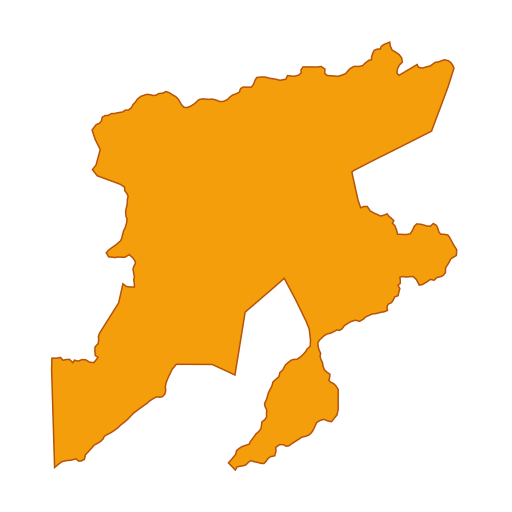 Feira de Santana, Bahia, Brazil (Albers equal-area conic projection), rotated 272°
{"feature_id": "56859067B66827602961148", "entity_name": "Feira de Santana", "entity_type": "district", "adm_level": 2, "iso_a3": "BRA", "parent_name": "Brazil", "parent_adm1": "Bahia", "projection": "albers", "projection_center": [-39.059, -12.2], "detail": "fine", "context": "isolated", "style": "filled", "palette": "amber", "viewbox_px": 512, "rotation_deg": 272, "n_neighbors": 0, "source": "geoboundaries", "source_scale": "gbopen_adm2", "svg_char_len": 5695}
<svg xmlns="http://www.w3.org/2000/svg" viewBox="0 0 512 512"><g transform="rotate(272 256 256)"><path d="M48.3,235.7L41.4,242.8L44.6,244.5L45.4,247.9L45.9,250.5L46.9,253.2L49.5,255.6L51.4,258.0L50.4,261.0L49.8,264.8L48.9,268.2L48.9,271.2L51.1,273.2L54.1,275.1L55.9,277.4L57.0,281.7L61.5,282.7L65.5,282.5L68.3,286.2L68.4,290.1L66.9,292.8L67.5,295.7L69.4,297.9L72.3,302.1L74.7,305.6L76.6,308.3L77.5,311.7L78.8,314.9L81.2,317.5L83.6,319.0L87.9,320.9L91.7,322.4L94.0,326.0L95.1,329.6L93.8,333.1L93.0,337.2L100.0,342.5L105.8,343.5L125.6,342.8L129.3,340.1L131.3,337.9L132.4,335.2L134.2,333.1L136.8,333.8L140.4,334.0L142.7,330.5L144.7,328.4L147.9,326.9L152.0,326.1L155.0,324.4L158.3,323.5L161.0,324.0L164.1,322.4L167.6,321.3L171.3,320.8L174.5,322.6L176.6,324.7L178.8,327.0L180.5,329.6L181.7,333.9L183.4,336.9L185.0,339.5L184.6,342.2L186.3,344.6L189.5,346.8L191.7,349.9L193.9,353.4L195.3,357.7L194.3,361.8L196.6,365.5L199.0,367.8L200.8,371.5L202.2,374.4L202.5,377.2L203.2,380.0L204.2,383.0L204.6,385.8L206.2,389.3L209.7,388.7L212.5,389.8L214.1,393.0L216.6,394.6L220.0,396.1L221.3,399.4L224.3,399.9L228.3,400.9L231.8,399.0L233.6,401.1L236.4,401.1L239.8,400.5L240.6,403.2L240.2,407.0L240.7,410.1L240.9,413.9L238.1,417.0L235.2,418.8L232.6,420.1L233.2,423.2L235.6,427.0L238.7,431.1L238.0,434.8L240.8,437.6L241.9,441.7L243.4,444.0L246.0,445.9L250.8,445.9L255.3,448.6L259.9,450.8L261.5,453.1L263.5,456.2L269.2,456.4L273.9,453.2L277.8,450.9L281.4,448.8L283.7,447.0L284.2,443.9L284.3,439.7L286.4,438.0L289.6,436.9L292.8,435.3L294.7,432.1L291.9,429.3L291.9,426.0L293.4,420.3L293.7,415.5L291.2,413.1L288.0,411.9L285.6,410.6L283.4,409.0L282.7,405.3L282.7,400.0L282.7,396.7L286.8,395.6L291.2,393.7L293.5,391.2L296.1,392.5L298.1,390.3L300.3,387.5L302.7,385.5L301.1,382.1L300.3,378.8L301.6,376.1L302.9,372.7L305.1,368.5L309.4,365.5L309.2,362.0L307.9,358.9L315.5,356.0L328.7,352.6L335.3,350.9L339.4,349.8L343.3,348.9L345.0,350.9L346.3,353.3L348.0,356.3L351.1,361.9L353.0,365.1L357.3,373.0L363.1,383.7L369.0,394.5L378.5,411.8L387.0,427.1L403.3,432.5L409.3,434.6L415.8,436.7L432.0,442.1L450.7,447.3L454.2,445.5L456.3,443.8L457.9,441.4L458.7,437.4L457.2,433.6L456.2,431.0L455.8,428.4L454.0,426.0L452.0,423.6L451.1,420.1L449.6,415.7L450.4,411.6L453.0,410.4L441.5,392.5L444.0,390.4L448.5,391.0L451.8,392.7L454.9,395.5L459.2,394.6L462.4,391.9L464.7,388.4L466.4,384.9L470.6,382.9L474.4,382.2L472.7,378.3L471.5,375.9L469.8,373.8L467.2,373.0L467.0,370.0L465.7,366.9L462.4,365.5L458.8,364.5L456.1,364.6L455.6,362.0L453.8,359.8L452.1,357.8L450.0,356.0L449.1,352.7L448.9,347.2L446.7,343.7L444.6,341.7L441.5,339.3L439.9,335.8L438.4,331.6L438.7,326.4L438.8,321.1L440.8,318.4L445.3,318.3L447.7,314.4L446.9,310.0L446.9,305.7L446.7,300.7L446.6,296.4L443.4,294.4L440.8,294.9L438.3,292.4L436.9,287.9L437.2,284.0L437.4,281.2L433.6,279.6L433.1,276.5L432.4,274.0L433.1,270.9L433.7,267.3L434.1,263.4L435.1,259.4L435.1,255.2L434.4,250.5L431.6,248.9L428.0,247.7L424.6,245.6L424.4,241.0L424.4,237.4L422.9,234.8L419.1,233.6L417.5,230.6L416.0,226.9L414.0,224.4L411.7,222.4L410.2,219.9L409.2,217.5L409.2,214.0L410.6,210.4L411.3,206.7L410.9,203.5L411.0,200.6L411.2,196.9L410.2,193.4L408.1,191.3L405.7,188.8L403.5,185.5L401.9,182.0L402.2,178.6L404.7,176.2L407.4,174.5L410.1,172.8L412.5,170.2L414.2,166.9L416.2,163.6L417.2,160.2L415.5,157.0L414.9,152.9L413.3,150.8L412.8,147.9L413.4,145.1L413.8,141.6L412.9,138.8L411.6,135.5L409.0,132.3L405.5,130.0L402.9,127.7L400.0,126.4L397.4,123.3L397.3,120.4L395.2,117.5L394.5,113.5L393.5,109.7L393.3,106.4L391.5,103.8L391.0,100.1L389.3,97.5L385.5,96.8L383.1,94.8L381.8,91.8L378.7,89.5L376.2,87.8L367.1,91.1L357.0,96.6L351.2,95.3L348.4,94.6L341.4,93.0L336.6,89.5L330.6,94.6L323.0,117.6L320.3,122.2L316.6,122.6L313.9,124.8L311.4,126.1L308.0,125.5L303.5,125.5L298.9,124.6L296.0,124.1L293.4,124.4L290.8,124.8L288.5,125.9L284.7,125.5L280.4,124.5L276.3,122.7L272.6,121.9L269.2,121.2L266.4,120.1L264.5,118.0L262.5,115.9L260.8,113.7L259.2,111.5L257.0,108.8L253.9,106.2L250.0,108.8L249.8,112.6L249.5,115.3L250.2,118.0L250.1,121.6L250.2,125.1L252.9,129.2L250.1,132.7L247.1,135.1L244.5,135.8L241.5,134.3L238.7,133.5L234.9,134.3L230.9,135.2L227.8,134.6L224.6,135.3L220.8,135.6L220.6,131.4L221.0,127.5L223.6,124.0L204.2,120.3L198.6,117.0L173.3,102.3L170.0,101.3L166.8,101.7L163.1,101.4L159.5,98.3L155.1,98.3L150.9,98.9L149.2,101.6L147.0,100.1L143.8,97.6L144.0,93.6L146.3,89.5L146.4,85.8L144.7,81.9L145.6,78.2L143.0,76.7L146.2,73.2L145.9,69.9L145.1,66.6L147.8,64.3L146.9,60.0L146.8,55.6L135.2,55.7L37.6,62.1L41.1,66.0L43.6,69.1L44.9,73.6L45.3,77.3L46.1,80.2L46.9,83.5L44.8,85.8L45.1,88.7L46.8,91.6L51.4,92.5L54.5,95.2L58.3,98.5L61.3,100.8L63.1,103.9L65.2,107.1L67.9,109.6L70.5,110.7L72.4,113.5L74.5,117.4L76.7,120.4L79.3,123.7L82.2,126.5L84.8,129.6L87.2,132.3L89.6,134.6L92.4,137.0L94.4,138.8L96.4,141.2L98.1,143.3L101.9,148.2L105.2,152.5L107.2,154.4L110.1,158.6L111.8,161.8L111.5,164.8L112.2,167.4L114.8,169.7L118.6,170.5L121.9,169.9L126.1,170.6L129.5,171.7L133.8,173.5L137.2,175.0L139.8,176.1L142.6,178.3L145.0,180.2L146.1,216.0L139.0,232.9L136.3,239.1L159.1,242.0L199.5,247.1L225.9,275.7L229.8,279.8L234.7,285.0L214.3,296.8L192.4,308.4L185.0,311.7L173.9,313.4L167.6,313.3L164.9,310.4L162.5,309.1L159.8,307.0L157.0,304.3L154.1,300.4L154.0,297.5L153.1,294.8L150.8,292.0L148.2,289.2L145.5,287.9L143.1,286.8L140.3,283.9L136.2,283.1L132.8,279.4L130.6,277.3L126.9,276.5L123.2,274.8L119.9,273.2L115.6,272.2L112.1,271.2L109.0,269.7L106.2,270.2L102.4,272.1L98.2,272.0L95.5,272.2L92.8,270.5L90.4,267.7L86.9,267.4L83.4,266.9L80.7,264.9L78.3,262.3L75.3,260.3L72.7,258.5L70.3,256.8L67.7,255.8L66.2,251.6L64.7,248.1L62.9,245.6L60.8,243.3L57.2,242.7L52.7,239.3L48.3,235.7Z" fill="#f59e0b" stroke="#b45309" stroke-width="1.5"/></g></svg>